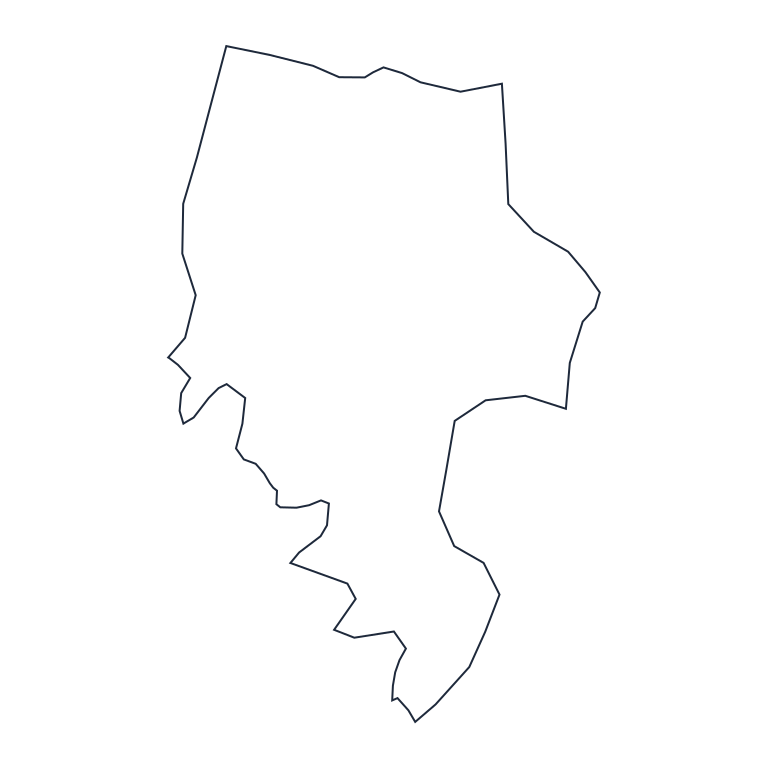 the border of Ağdaş
{"feature_id": "AZE-1692", "entity_name": "Ağdaş", "entity_type": "District", "adm_level": 1, "iso_a3": "AZE", "parent_name": "Azerbaijan", "parent_adm1": "", "projection": "equal_earth", "projection_center": [47.384, 40.544], "detail": "fine", "context": "isolated", "style": "outline", "palette": "slate", "viewbox_px": 768, "rotation_deg": 0, "n_neighbors": 0, "source": "natural_earth", "source_scale": "10m", "svg_char_len": 1100}
<svg xmlns="http://www.w3.org/2000/svg" viewBox="0 0 768 768"><path d="M499.5,594.6L485.2,631.8L469.3,667.0L435.6,704.4L415.2,721.9L408.4,710.3L397.5,698.1L392.2,700.4L392.9,685.7L395.2,672.3L399.5,660.1L405.9,648.6L393.9,631.5L354.3,637.7L334.1,629.8L355.7,598.9L347.4,583.6L290.4,563.0L299.1,552.5L320.6,536.2L327.0,525.3L328.9,503.5L321.0,500.4L309.1,505.2L296.5,507.7L280.3,507.3L276.4,504.2L277.0,490.7L273.2,487.7L269.8,483.2L264.1,473.5L255.7,463.8L243.8,459.4L236.0,448.4L242.4,423.7L245.2,398.0L226.6,384.1L218.6,388.1L208.7,398.0L193.7,417.5L183.4,423.6L179.6,410.9L181.2,393.1L190.2,378.0L177.9,364.8L169.4,358.2L168.2,357.5L185.1,337.8L195.7,295.2L182.3,253.6L183.2,203.8L196.9,157.5L211.5,102.1L226.3,46.1L269.9,55.0L313.0,65.8L339.2,77.2L364.8,77.4L373.1,72.3L383.5,67.4L402.1,73.1L420.5,82.3L460.5,91.7L501.9,83.7L505.6,143.8L508.3,204.1L533.9,231.8L568.1,251.7L585.4,272.1L599.8,292.5L595.2,308.1L582.7,321.6L569.8,362.9L565.9,408.8L525.3,395.8L485.6,400.3L454.7,420.9L446.2,470.6L439.0,511.4L454.2,546.1L483.6,562.9L499.5,594.6Z" fill="none" stroke="#1e293b" stroke-width="2"/></svg>